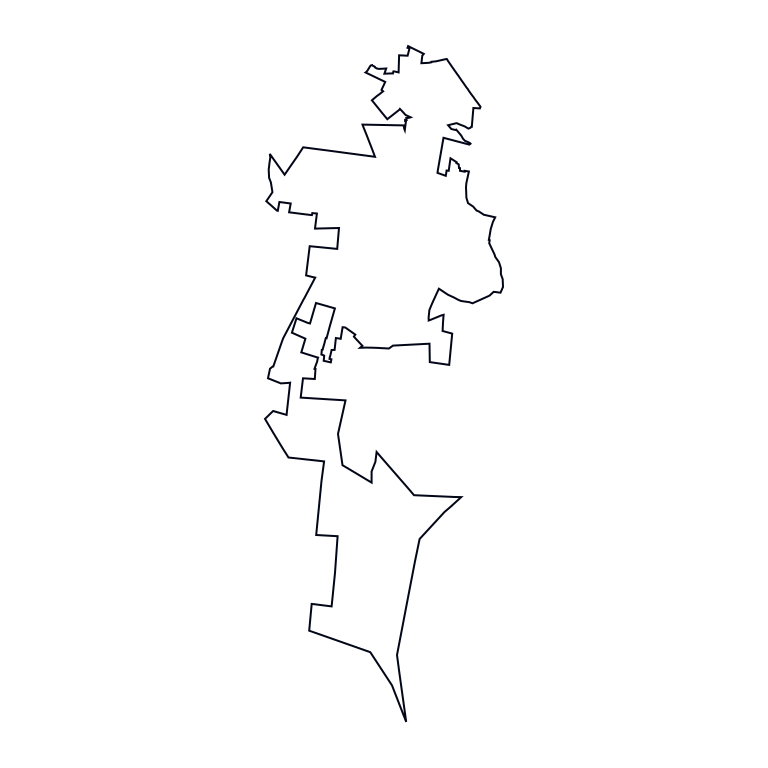 outline of Timucuy, Yucatán, Mexico
{"feature_id": "50627088B51524956597076", "entity_name": "Timucuy", "entity_type": "district", "adm_level": 2, "iso_a3": "MEX", "parent_name": "Mexico", "parent_adm1": "Yucatán", "projection": "mercator", "projection_center": [-89.531, 20.743], "detail": "fine", "context": "isolated", "style": "outline", "palette": "ink", "viewbox_px": 768, "rotation_deg": 0, "n_neighbors": 0, "source": "geoboundaries", "source_scale": "gbopen_adm2", "svg_char_len": 4563}
<svg xmlns="http://www.w3.org/2000/svg" viewBox="0 0 768 768"><path d="M446.9,59.1L446.6,59.1L446.3,59.0L436.2,61.3L432.4,61.7L431.4,61.8L431.4,62.3L428.9,62.8L423.5,63.1L421.4,63.2L422.3,55.6L423.8,53.9L408.1,46.1L407.5,47.8L409.5,48.4L407.6,55.7L399.1,55.3L398.6,72.4L394.7,71.5L393.7,71.4L393.4,71.4L392.9,73.5L392.0,73.4L384.4,73.7L386.2,68.5L384.3,68.6L383.0,68.7L380.8,68.8L378.9,68.9L378.4,68.8L376.9,68.5L375.1,67.5L374.9,66.8L372.2,65.4L372.1,65.1L371.0,65.4L370.7,65.5L370.2,66.1L367.4,70.7L365.9,72.3L365.6,72.5L375.6,77.3L379.3,79.1L385.2,81.9L384.0,84.6L381.5,89.9L383.1,91.3L379.7,94.0L376.7,96.2L374.1,98.4L371.9,100.3L374.6,103.6L377.5,107.2L380.6,111.0L381.5,112.2L382.6,113.5L384.1,115.3L384.5,115.8L385.5,117.0L387.3,119.2L399.3,109.8L399.9,108.9L401.7,110.7L405.6,115.0L405.8,115.1L406.0,115.2L406.3,115.3L409.1,116.6L410.7,117.3L410.2,117.5L408.3,117.9L408.1,117.9L406.3,118.0L406.6,120.0L405.1,119.9L405.1,121.2L405.9,121.6L404.8,130.2L404.2,128.7L403.7,125.4L362.5,124.6L362.9,125.8L367.0,136.0L368.0,138.6L371.4,147.3L375.0,156.8L322.3,149.8L322.2,149.8L303.2,147.3L297.0,156.8L291.0,165.4L284.6,174.7L269.8,153.9L270.3,157.6L269.5,162.8L268.7,169.6L269.1,177.8L270.9,182.5L272.3,191.3L272.4,192.3L266.3,201.2L269.6,204.1L269.8,204.2L276.8,210.5L277.8,210.8L279.4,202.0L290.7,203.5L289.1,212.3L306.6,214.5L311.9,215.1L312.3,213.1L316.9,213.5L315.0,228.6L339.0,228.0L337.2,248.9L309.7,246.2L306.1,275.4L312.0,276.9L315.2,277.6L304.5,297.9L303.6,299.4L283.1,338.4L281.0,344.3L273.3,366.5L272.7,366.5L270.0,368.7L268.6,375.4L268.5,375.6L268.5,375.8L268.0,378.3L271.6,379.7L277.8,382.2L278.9,382.6L280.6,383.3L280.9,383.4L289.7,382.8L290.1,382.7L289.2,391.1L286.9,411.7L286.6,414.9L273.1,411.0L265.0,418.9L273.3,432.9L282.9,448.7L288.5,457.5L324.1,461.4L321.5,480.9L316.2,535.0L337.6,536.2L335.0,572.9L332.6,596.8L331.6,606.4L311.7,603.9L309.2,630.7L370.3,652.2L392.0,685.4L406.2,721.9L399.1,670.9L397.0,655.0L403.6,620.6L406.9,603.3L415.0,561.3L419.6,539.0L444.4,512.1L451.7,505.8L451.8,505.8L451.9,505.6L461.2,497.1L455.4,497.0L455.0,497.0L414.0,495.2L408.4,488.6L388.9,466.2L376.6,452.0L375.4,461.8L371.6,471.5L371.6,482.6L342.5,465.2L338.0,433.9L345.5,400.4L344.1,400.3L300.7,397.6L303.0,378.3L314.8,379.0L315.5,368.9L314.5,368.8L316.3,363.8L317.1,361.8L317.1,361.7L317.2,361.2L317.9,357.8L318.0,357.6L315.6,356.9L301.3,352.4L305.4,338.7L291.9,332.7L296.5,318.3L306.8,322.5L307.4,322.8L310.0,323.5L316.0,303.0L334.9,308.4L329.9,325.9L326.6,338.2L325.8,338.0L324.6,342.5L324.3,343.8L323.1,347.8L322.7,349.2L322.7,349.6L321.8,349.9L321.4,354.5L323.8,355.4L324.2,355.6L323.7,360.8L330.8,362.4L330.9,362.0L331.4,359.3L329.5,358.9L329.7,357.5L329.8,357.5L330.4,355.2L331.6,350.0L334.6,349.9L335.9,338.0L340.7,338.8L342.6,327.2L345.3,327.5L355.3,334.6L353.9,336.7L360.7,344.0L362.4,345.8L360.1,347.8L366.1,347.6L371.8,347.7L378.1,347.9L381.0,348.1L388.9,348.5L393.0,345.6L429.5,343.7L429.8,362.1L449.2,364.9L452.2,333.6L442.6,331.0L443.0,322.6L443.4,317.2L443.6,314.8L441.4,315.4L430.4,319.9L428.7,320.5L428.7,319.0L428.6,317.8L429.4,310.0L431.1,305.9L431.6,304.7L433.5,300.4L434.6,298.1L435.9,295.2L438.9,288.7L447.9,294.7L453.7,297.4L453.8,297.4L458.2,299.8L461.1,301.0L469.5,302.2L472.5,303.3L489.4,295.7L493.7,291.8L500.5,292.7L503.0,287.0L502.7,279.2L500.9,274.2L500.9,268.2L499.0,262.2L495.3,257.0L494.5,254.4L489.2,243.2L489.7,240.2L488.8,240.0L489.6,235.8L490.7,229.2L492.9,222.0L495.2,217.3L484.1,214.8L483.9,214.8L483.8,214.7L478.9,211.5L476.5,210.5L473.2,206.6L468.0,203.1L467.5,201.2L467.3,200.8L466.4,197.7L466.0,187.1L466.4,182.9L468.9,171.5L464.6,170.8L464.6,171.7L460.0,170.8L460.0,168.1L459.0,168.0L458.7,164.4L456.3,162.9L456.6,162.2L450.5,158.3L448.7,170.8L446.6,170.5L445.8,175.8L437.5,172.9L437.9,169.9L443.5,137.8L469.3,144.6L470.5,143.7L469.7,142.9L467.8,142.0L464.9,140.8L463.0,138.7L461.2,135.5L456.2,129.6L455.5,130.0L451.3,129.0L448.1,125.2L456.4,123.2L457.3,123.3L458.0,123.8L462.1,125.4L464.7,126.4L468.4,128.6L470.4,127.8L471.2,126.8L471.8,126.8L473.4,108.0L479.9,108.4L480.5,106.7L479.6,105.5L478.7,104.3L478.0,103.3L476.9,101.9L475.6,100.2L474.6,98.8L473.9,97.7L473.1,96.6L472.3,95.6L472.0,95.2L471.1,94.0L470.3,92.9L469.8,92.1L469.0,91.1L467.9,89.2L467.0,88.1L466.7,87.7L466.2,87.1L465.5,86.0L464.7,84.9L463.7,83.4L462.9,82.3L462.4,81.6L461.6,80.5L460.4,78.7L459.6,77.6L458.9,76.5L457.9,75.1L457.0,73.9L456.8,73.6L456.5,73.2L456.3,72.8L456.0,72.5L455.8,72.1L455.5,71.8L455.3,71.4L454.5,70.4L454.0,69.7L453.8,69.3L452.0,66.8L450.4,64.4L447.9,60.8L446.9,59.1Z" fill="none" stroke="#020617" stroke-width="2"/></svg>